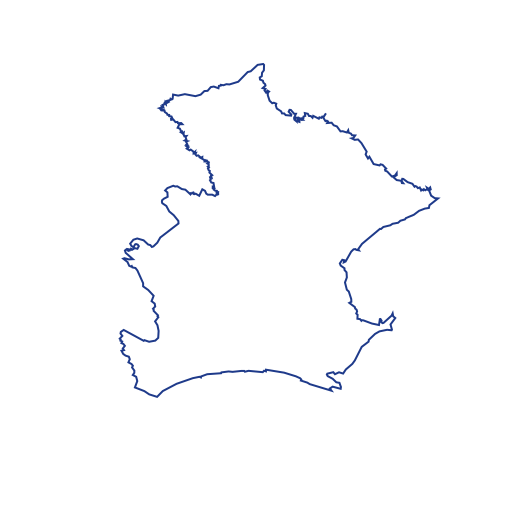 Indramayu, Jawa Barat, Indonesia, rotated 118°
{"feature_id": "22746128B59462811669242", "entity_name": "Indramayu", "entity_type": "district", "adm_level": 2, "iso_a3": "IDN", "parent_name": "Indonesia", "parent_adm1": "Jawa Barat", "projection": "equal_earth", "projection_center": [108.112, -6.449], "detail": "fine", "context": "isolated", "style": "outline", "palette": "blue", "viewbox_px": 512, "rotation_deg": 118, "n_neighbors": 0, "source": "geoboundaries", "source_scale": "gbopen_adm2", "svg_char_len": 6153}
<svg xmlns="http://www.w3.org/2000/svg" viewBox="0 0 512 512"><g transform="rotate(118 256 256)"><path d="M428.9,301.2L427.7,291.1L428.3,285.3L426.8,277.2L419.0,274.9L406.1,266.1L393.5,254.4L389.2,249.2L389.1,247.6L388.1,247.9L383.3,243.6L375.9,231.8L375.0,231.9L370.8,226.0L369.3,222.3L364.3,214.9L363.0,212.4L363.4,211.5L360.9,208.7L355.4,195.5L353.5,195.0L353.2,193.1L351.7,193.8L345.8,176.4L343.5,164.3L343.2,159.6L343.8,158.0L344.9,157.9L343.7,151.2L343.9,148.4L339.5,126.1L338.3,128.6L335.4,127.0L333.5,118.9L331.8,119.5L328.8,122.8L329.8,125.8L328.4,130.7L328.4,136.3L327.4,137.8L326.4,137.8L322.3,133.2L323.3,130.8L319.7,128.1L318.9,123.9L314.0,123.4L306.1,120.3L301.8,119.7L286.6,120.0L278.8,116.4L277.0,117.0L268.9,114.3L264.6,111.6L259.6,105.6L257.9,101.4L257.2,101.4L253.3,105.1L245.4,103.9L244.8,106.6L242.5,108.4L245.0,108.3L255.2,112.0L255.9,112.8L255.5,114.5L254.2,114.7L253.2,116.5L253.6,117.0L259.2,115.0L261.2,121.9L262.4,130.9L263.0,132.5L263.7,132.6L262.9,134.5L263.8,137.0L260.2,138.7L259.7,140.5L257.5,140.7L256.2,142.0L255.8,143.8L254.7,144.7L253.6,151.6L251.7,150.3L249.3,151.7L243.8,157.4L243.1,160.0L237.6,165.0L232.3,165.7L227.9,168.4L226.8,171.3L225.3,172.1L224.7,176.7L223.2,178.5L218.8,178.0L218.3,176.1L220.4,175.5L218.8,174.3L207.5,174.0L204.3,173.0L203.2,171.4L203.5,170.4L202.7,167.8L202.1,169.0L195.5,168.1L173.8,159.3L173.5,158.3L170.6,157.2L165.8,151.8L163.5,150.6L159.9,146.1L157.1,145.1L153.8,141.7L152.1,141.4L145.5,136.0L139.5,133.2L134.9,129.2L132.4,125.9L129.7,126.7L119.7,122.3L121.0,125.3L120.5,129.7L116.8,134.0L115.2,133.0L113.7,134.4L115.6,134.9L115.4,137.1L116.9,135.3L116.8,136.4L118.5,137.4L118.2,139.1L119.5,139.2L119.4,140.7L120.6,141.0L118.6,143.6L120.1,144.9L119.3,146.8L119.5,148.2L120.4,148.6L118.8,151.8L119.6,156.8L118.8,162.1L119.2,163.1L121.5,162.6L122.6,160.2L123.1,161.4L121.4,163.1L122.9,167.4L121.9,171.7L118.6,169.7L116.8,170.7L119.8,171.1L122.0,173.4L119.8,179.8L120.0,181.9L119.1,182.7L117.7,182.1L116.1,187.0L116.6,189.1L118.0,189.4L119.6,195.3L115.1,202.5L117.3,202.9L115.5,205.9L114.8,206.9L111.9,207.3L106.8,215.9L105.2,220.6L107.1,223.4L107.2,226.7L106.1,225.4L103.0,225.0L104.3,227.9L103.4,229.5L103.6,232.0L101.7,233.6L104.3,233.7L105.1,238.0L106.3,239.9L103.6,245.4L104.1,248.8L102.8,251.8L105.2,255.6L103.4,255.6L103.3,257.0L104.3,258.0L102.2,261.6L97.2,261.2L101.4,261.7L101.8,263.0L103.3,263.1L103.8,265.1L105.3,265.0L105.4,271.3L107.4,271.0L106.7,273.4L107.5,274.9L106.1,277.0L106.9,280.0L109.2,278.3L110.6,279.5L112.0,278.9L113.1,280.5L113.7,278.4L114.5,279.7L114.0,282.3L117.2,280.6L117.4,282.1L114.4,284.3L115.6,286.8L118.0,284.1L117.6,286.1L116.3,287.2L111.7,287.5L112.5,289.1L110.7,293.8L111.2,295.0L113.3,294.9L114.5,291.2L115.6,290.9L117.7,296.0L116.9,298.0L117.9,300.0L116.5,301.7L116.0,306.9L113.8,309.2L112.0,309.6L112.3,312.2L113.5,313.4L112.5,316.9L108.5,321.1L106.1,322.2L104.7,321.7L104.6,323.6L107.0,323.8L105.8,326.2L104.0,326.1L104.6,328.9L101.1,327.6L100.0,328.6L99.5,330.8L98.0,332.2L98.3,335.3L96.6,336.5L94.6,335.3L91.3,336.7L88.4,336.2L83.5,338.6L83.1,339.8L86.5,344.3L95.4,347.4L97.5,349.7L110.5,353.5L117.0,360.0L118.2,362.8L120.5,364.9L121.4,367.4L122.1,367.1L123.2,368.6L125.5,367.9L126.2,372.8L128.1,375.2L132.9,376.3L134.6,379.0L139.5,380.6L143.3,384.5L146.5,394.8L150.9,400.0L152.4,405.0L156.4,403.4L157.4,403.9L157.3,405.3L158.7,405.1L160.4,407.0L160.9,405.4L162.5,406.4L162.2,408.2L164.4,406.8L163.9,408.6L165.6,408.4L166.4,409.4L168.1,407.7L168.3,409.5L169.0,408.9L170.8,410.6L170.5,408.0L171.4,409.0L171.9,408.0L170.6,405.0L171.7,404.1L172.0,401.4L172.9,400.5L172.2,398.9L173.3,398.3L172.5,396.1L173.5,394.8L174.7,395.5L175.6,394.8L174.3,393.1L175.6,389.9L174.5,388.3L175.4,387.3L173.7,384.4L174.2,382.9L175.7,385.5L179.6,385.4L179.3,383.0L181.1,380.6L180.2,379.0L182.0,380.4L182.2,378.2L181.1,377.7L182.8,377.1L183.4,375.6L184.4,376.1L182.7,373.7L184.2,373.9L185.8,372.2L187.4,373.1L186.8,370.6L187.9,371.5L189.6,369.1L190.4,369.6L190.7,367.9L191.7,369.1L192.1,366.7L193.7,367.5L193.9,364.3L192.7,363.6L193.2,360.2L194.5,359.4L192.8,358.8L194.1,358.5L193.2,357.4L194.7,357.3L195.4,355.5L194.3,354.3L195.0,350.8L193.8,349.9L194.7,349.5L195.4,350.5L195.5,346.8L196.5,346.0L195.2,345.4L196.0,344.4L194.9,344.0L195.7,342.1L195.0,341.1L197.2,342.3L197.3,340.8L198.8,339.9L199.6,340.5L200.1,339.1L201.2,339.6L202.5,338.0L202.6,336.7L204.2,336.3L205.2,332.7L206.1,333.4L207.2,332.4L206.9,334.1L208.0,332.3L208.4,333.2L209.8,331.8L210.7,332.2L212.1,330.0L211.5,327.8L214.6,325.4L215.0,326.8L216.4,326.1L216.1,324.4L217.2,324.5L217.5,322.7L216.9,321.2L218.3,320.7L217.4,319.4L218.5,318.9L218.2,318.1L219.1,319.0L219.9,317.8L219.5,319.5L222.3,320.3L222.4,323.5L224.5,327.4L224.3,329.2L222.4,331.6L222.3,334.7L229.5,334.4L229.3,338.5L230.2,339.4L229.5,340.6L230.4,340.6L230.1,342.0L231.2,342.3L231.3,343.2L232.3,343.0L230.6,349.5L231.7,352.9L231.4,358.2L232.6,360.0L232.8,362.0L237.6,366.1L240.8,367.0L241.4,364.1L245.2,361.8L248.6,364.2L250.9,365.1L252.4,364.5L253.4,363.5L253.9,358.7L257.4,353.5L258.6,347.8L261.5,341.0L263.7,339.7L284.6,349.2L290.6,349.4L295.7,351.1L296.9,352.2L296.0,354.4L296.5,356.6L294.9,362.6L296.3,369.1L299.2,371.9L304.2,372.9L305.6,370.7L305.8,368.3L302.6,368.2L301.8,367.6L301.5,365.8L302.3,364.1L305.3,364.1L306.0,366.7L308.1,368.0L308.3,369.5L309.0,369.0L309.9,371.8L310.7,370.4L311.4,371.1L311.0,373.6L312.7,374.3L314.4,372.5L316.6,363.2L318.7,366.7L319.7,371.1L320.7,372.0L321.6,366.7L324.2,363.3L324.0,361.4L323.2,361.0L324.1,359.8L323.2,356.8L324.5,353.9L333.0,342.9L335.8,341.4L336.6,335.2L339.2,327.7L344.9,327.0L345.6,323.1L347.9,321.3L351.8,322.4L351.0,322.0L351.2,321.3L352.5,320.6L354.4,314.7L355.4,314.7L355.9,313.5L361.1,314.4L363.4,310.5L367.9,306.8L374.2,303.9L378.0,305.2L381.9,310.1L382.7,315.0L383.6,315.3L383.4,338.1L386.5,339.7L388.1,339.2L389.3,336.5L393.0,337.5L393.4,336.2L394.4,336.0L394.3,334.0L396.1,333.9L395.9,331.8L396.9,329.6L400.2,330.2L401.1,328.4L402.8,330.3L404.8,327.3L405.2,324.4L404.6,321.0L406.4,319.0L409.8,318.7L409.8,315.2L410.7,313.2L412.6,313.1L414.3,309.6L416.3,308.6L418.9,308.9L418.9,305.1L422.2,302.1L428.9,301.2Z" fill="none" stroke="#1e3a8a" stroke-width="2"/></g></svg>